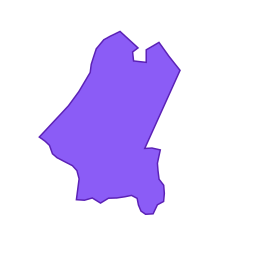 outline of Lindolfo Collor, Rio Grande do Sul, Brazil, rotated 214°
{"feature_id": "56859067B65739017746258", "entity_name": "Lindolfo Collor", "entity_type": "district", "adm_level": 2, "iso_a3": "BRA", "parent_name": "Brazil", "parent_adm1": "Rio Grande do Sul", "projection": "natural_earth1", "projection_center": [-51.223, -29.584], "detail": "fine", "context": "isolated", "style": "filled", "palette": "violet", "viewbox_px": 256, "rotation_deg": 214, "n_neighbors": 0, "source": "geoboundaries", "source_scale": "gbopen_adm2", "svg_char_len": 729}
<svg xmlns="http://www.w3.org/2000/svg" viewBox="0 0 256 256"><g transform="rotate(214 128 128)"><path d="M188.6,203.6L194.1,194.1L197.4,187.7L198.6,175.9L196.2,167.4L194.1,160.3L190.4,152.9L189.1,130.7L189.8,113.0L196.5,70.9L189.5,70.7L183.4,69.7L176.2,64.4L170.2,63.7L160.5,64.8L153.0,65.7L146.5,64.1L140.1,58.5L130.7,39.7L123.7,43.8L118.5,50.0L108.8,50.4L104.9,58.9L98.1,63.8L92.1,69.3L87.4,74.1L81.1,74.8L76.3,70.0L70.8,66.4L65.2,66.3L59.2,70.9L60.7,80.8L57.4,87.0L61.3,94.1L66.4,100.5L73.6,102.9L79.2,109.3L83.9,115.2L89.0,127.9L96.9,124.8L102.7,120.4L117.1,204.9L134.1,210.3L150.2,216.3L156.6,203.0L149.6,192.6L160.9,186.7L166.7,193.6L164.5,200.0L188.6,203.6Z" fill="#8b5cf6" stroke="#5b21b6" stroke-width="1.5"/></g></svg>